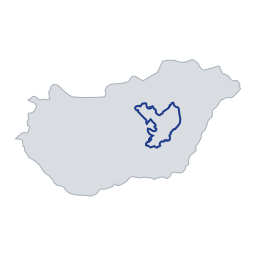 Jász-Nagykun-Szolnok highlighted on a map of Hungary
{"feature_id": "HUN-3175", "entity_name": "Jász-Nagykun-Szolnok", "entity_type": "County", "adm_level": 1, "iso_a3": "HUN", "parent_name": "Hungary", "parent_adm1": "", "projection": "albers", "projection_center": [20.367, 47.222], "detail": "fine", "context": "in_parent", "style": "outline", "palette": "blue", "viewbox_px": 256, "rotation_deg": 0, "n_neighbors": 0, "source": "natural_earth", "source_scale": "10m", "svg_char_len": 4524}
<svg xmlns="http://www.w3.org/2000/svg" viewBox="0 0 256 256"><path d="M215.7,66.6L218.8,66.1L219.7,66.4L220.2,68.7L220.3,68.8L221.1,70.3L221.9,72.3L223.0,73.7L225.4,74.3L228.6,76.1L230.7,79.5L233.8,80.9L234.1,80.9L234.7,80.7L236.9,80.5L237.3,81.2L239.1,82.9L239.9,84.3L239.6,85.9L239.9,87.7L240.6,88.4L239.9,89.6L234.3,95.8L232.1,97.5L230.6,97.8L228.2,97.3L225.8,97.8L223.7,99.2L221.7,99.6L220.2,101.2L218.3,104.6L216.0,107.4L213.6,109.2L212.3,110.8L212.3,116.1L211.0,117.7L209.2,119.3L208.2,120.7L205.6,128.9L203.5,131.5L201.5,133.5L201.2,135.4L201.3,137.5L199.1,141.7L196.1,146.1L195.6,147.9L196.3,150.3L193.4,153.1L191.8,154.4L190.4,155.1L189.6,156.8L188.2,161.0L188.6,162.9L188.7,164.6L186.2,165.7L185.5,167.6L184.9,170.0L183.9,171.1L181.1,173.0L174.3,172.2L171.7,172.9L170.9,174.3L170.7,175.5L169.9,176.5L168.3,177.9L166.7,178.5L163.1,176.8L155.4,178.5L154.1,179.7L153.0,178.8L151.4,178.0L143.7,177.1L140.6,177.8L136.6,177.5L132.8,176.6L130.0,177.3L127.5,180.5L126.2,181.7L125.2,182.4L123.1,183.4L121.3,184.6L118.9,185.5L116.8,185.3L114.8,183.9L114.1,184.2L113.5,185.5L112.4,186.6L109.3,187.9L108.6,187.9L108.4,187.9L106.1,188.9L102.3,189.3L100.4,188.9L96.8,193.4L95.8,194.2L92.4,195.6L89.7,196.2L87.4,195.6L86.5,195.5L76.3,195.0L71.0,193.8L67.6,191.9L65.4,189.8L64.3,187.6L61.7,186.1L57.6,185.5L54.4,183.2L52.2,179.1L49.2,175.9L45.4,173.4L42.4,170.0L40.2,165.8L36.2,161.8L30.4,158.2L28.6,157.3L28.3,156.2L25.6,151.9L24.4,150.3L24.6,148.3L24.1,147.1L23.1,146.2L22.7,143.2L22.5,140.9L21.7,139.5L15.4,138.8L21.0,133.8L23.7,132.5L26.8,132.9L27.8,132.4L28.1,131.7L28.7,130.0L29.0,128.4L29.3,126.8L29.1,126.0L27.6,125.6L27.1,121.8L27.9,120.4L28.7,119.4L28.0,114.8L28.4,113.2L30.8,113.1L32.8,112.2L34.4,111.2L35.0,109.8L36.4,106.9L35.4,103.3L28.6,100.7L28.3,99.7L30.0,98.8L31.7,97.5L32.8,96.4L34.1,96.3L35.9,97.0L39.1,99.7L40.4,100.1L41.6,99.4L42.9,99.3L46.6,99.6L49.7,99.1L49.1,96.3L49.2,94.3L48.7,92.7L49.1,91.0L50.4,89.7L50.9,86.6L52.9,84.6L53.8,84.4L57.2,84.9L57.9,85.4L58.4,85.6L63.6,90.8L68.6,94.8L72.6,96.9L78.8,97.3L85.3,97.6L96.2,97.3L104.3,96.9L104.9,96.0L106.2,93.8L105.2,91.8L105.3,89.5L106.8,86.6L110.8,84.2L122.3,83.3L128.9,81.5L130.0,79.0L132.2,76.5L134.2,76.1L136.9,77.2L140.2,79.4L143.0,80.6L144.7,79.9L150.6,76.2L157.3,72.6L161.9,62.9L162.3,61.3L167.3,60.2L174.5,60.3L178.3,61.6L181.1,62.2L185.3,62.0L191.3,59.8L193.5,59.8L195.3,61.3L197.2,62.5L198.5,64.1L199.5,66.3L200.0,67.1L200.9,68.2L202.4,69.7L203.9,70.1L215.1,67.2L215.7,66.6Z" fill="#d9dde1" stroke="#a8b0b8" stroke-width="1"/><path d="M171.8,103.1L172.3,102.8L173.3,102.7L174.0,105.2L175.3,106.5L176.4,107.0L177.5,107.2L178.5,108.1L178.9,110.1L179.4,114.2L179.9,116.5L180.3,118.8L180.1,122.0L179.2,124.4L178.6,124.7L178.1,125.4L177.8,126.1L177.5,126.6L176.7,126.9L176.4,127.6L176.0,128.2L175.6,128.3L175.3,129.0L174.8,129.3L174.1,129.1L173.5,129.3L171.5,131.8L170.9,132.2L170.6,132.8L170.7,133.1L170.8,133.8L169.5,135.3L169.5,136.1L169.8,136.7L170.0,138.3L169.7,139.8L169.2,140.1L168.6,140.2L168.0,140.7L167.3,140.8L166.9,140.2L166.4,139.9L165.6,140.6L164.6,140.3L163.7,141.6L162.6,141.4L161.4,141.5L160.1,142.6L159.7,144.1L160.2,145.7L159.1,146.4L157.9,146.7L156.9,147.6L155.6,147.2L154.4,146.1L150.6,147.4L148.1,145.8L147.2,145.5L146.6,145.6L146.1,145.3L146.0,144.6L146.5,143.3L146.3,143.2L147.0,142.2L148.1,141.7L149.1,141.8L149.6,140.9L149.0,140.5L149.0,139.7L149.7,139.7L150.3,140.3L150.6,140.3L151.2,139.4L151.2,139.1L150.9,139.0L150.3,138.9L149.8,138.7L149.6,138.3L149.8,137.9L151.0,137.1L152.8,135.7L150.7,134.8L148.9,133.2L147.8,131.0L148.0,128.6L149.9,129.0L151.6,130.2L152.1,130.4L152.6,130.7L153.5,131.2L155.2,131.0L156.2,130.2L156.3,128.6L155.1,128.1L154.4,126.7L155.4,125.9L155.7,125.3L154.8,123.7L152.6,121.8L150.6,119.3L148.2,122.0L146.9,123.8L146.3,122.9L146.2,122.2L146.4,121.5L146.4,120.6L146.1,119.9L140.2,114.0L139.6,113.1L138.2,111.9L138.2,111.1L138.1,110.2L136.8,110.3L135.8,109.6L135.1,108.2L135.5,106.8L137.3,106.0L139.1,105.8L139.8,106.4L140.2,106.5L142.1,104.0L142.6,103.5L143.4,103.7L145.0,103.2L146.2,103.6L146.5,105.6L147.0,107.5L148.8,108.7L150.4,108.3L149.9,107.9L149.6,107.2L152.7,106.3L153.2,106.7L153.5,108.0L154.1,108.8L155.4,109.5L156.0,111.1L155.7,112.1L156.1,113.0L156.7,113.7L158.6,115.0L159.3,115.2L160.1,115.0L160.5,114.7L160.9,114.2L161.0,114.0L162.2,113.6L162.7,113.1L162.9,112.1L163.2,111.7L169.0,107.7L169.2,106.9L169.2,106.6L169.5,106.5L169.7,106.4L169.8,106.2L169.9,105.9L169.7,105.3L170.0,105.0L171.0,104.6L171.4,103.9L171.6,103.5L171.8,103.1Z" fill="none" stroke="#1e3a8a" stroke-width="2"/></svg>